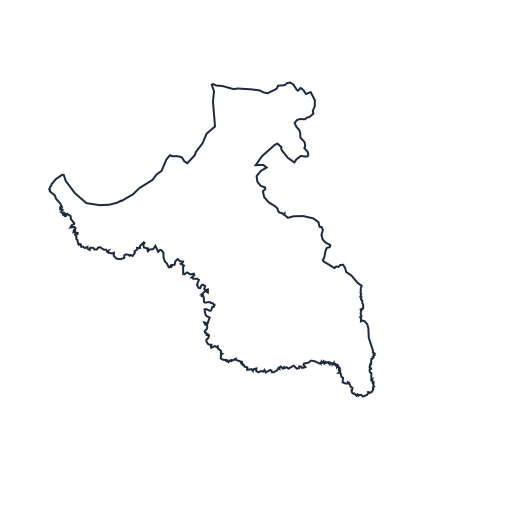 outline of Kasulu, Kigoma, United Republic of Tanzania, rotated 145°
{"feature_id": "72390352B21750015500578", "entity_name": "Kasulu", "entity_type": "district", "adm_level": 2, "iso_a3": "TZA", "parent_name": "United Republic of Tanzania", "parent_adm1": "Kigoma", "projection": "orthographic", "projection_center": [30.484, -4.434], "detail": "fine", "context": "isolated", "style": "outline", "palette": "slate", "viewbox_px": 512, "rotation_deg": 145, "n_neighbors": 0, "source": "geoboundaries", "source_scale": "gbopen_adm2", "svg_char_len": 6127}
<svg xmlns="http://www.w3.org/2000/svg" viewBox="0 0 512 512"><g transform="rotate(145 256 256)"><path d="M117.2,358.9L122.2,360.0L122.0,364.7L123.1,368.1L126.7,367.3L127.3,368.8L127.0,374.8L128.5,378.5L131.4,379.8L134.5,379.5L140.2,382.8L142.9,381.3L144.8,381.3L153.2,382.7L155.9,385.5L158.0,389.5L164.0,395.0L174.9,403.7L178.5,405.4L186.1,414.6L191.0,418.6L192.5,421.5L194.1,421.6L195.9,415.0L202.6,407.3L215.3,385.6L226.4,384.5L235.1,379.0L245.6,375.7L248.2,373.7L259.1,371.4L260.4,374.8L260.2,379.4L262.4,382.2L267.7,386.1L268.6,387.9L274.0,386.5L284.5,379.9L290.5,379.9L297.1,377.7L312.8,378.5L321.1,377.1L334.7,378.2L334.9,378.8L338.7,379.2L346.7,382.1L354.9,387.3L364.6,396.6L368.3,411.2L368.8,426.5L367.0,432.8L368.2,433.7L375.8,433.8L381.9,432.2L387.1,429.3L386.9,428.0L387.8,427.2L386.0,421.0L387.0,417.5L386.2,411.6L386.8,407.6L388.4,408.3L389.6,406.7L388.3,406.0L387.9,404.7L390.5,404.1L389.9,401.4L390.7,399.6L390.3,400.1L389.7,399.5L388.4,401.3L387.8,399.5L389.5,398.3L388.7,397.8L386.4,398.8L385.0,395.0L386.5,392.3L386.0,387.1L386.8,386.5L388.9,387.0L391.7,385.8L388.5,384.3L387.8,382.9L388.0,382.2L390.2,381.8L391.6,380.4L389.7,380.4L390.8,379.0L388.9,377.2L389.6,376.4L390.6,377.4L392.1,377.1L391.8,375.0L393.4,373.3L393.1,371.8L394.8,367.4L394.7,366.7L393.4,366.8L392.8,366.0L393.9,363.8L392.4,362.9L391.6,360.6L388.8,360.1L389.7,358.4L388.8,356.3L386.9,357.8L384.5,355.8L384.6,354.0L382.5,352.6L380.6,353.5L378.7,352.6L376.9,348.3L375.2,347.2L375.2,345.3L373.9,345.0L375.5,344.5L375.4,343.8L372.7,340.9L370.5,340.1L372.4,337.9L371.9,334.0L368.9,331.2L365.1,330.0L363.4,332.2L361.8,332.0L359.8,330.3L359.4,328.7L358.1,328.8L357.1,326.8L353.5,328.0L352.8,329.5L349.4,329.5L348.8,330.9L346.4,329.0L345.5,330.7L340.1,331.6L339.8,330.7L341.9,329.8L342.9,327.2L340.2,324.2L341.4,323.4L341.8,321.9L339.3,322.3L336.4,320.6L332.6,322.0L333.7,315.5L330.9,316.0L330.2,315.0L329.9,311.9L332.7,307.6L333.8,303.8L333.3,301.5L333.9,296.7L331.5,295.6L330.8,296.0L332.3,296.6L330.9,297.3L327.8,295.5L325.1,297.9L321.9,298.4L321.2,295.0L319.0,293.3L320.8,292.2L322.0,292.5L320.5,289.4L321.9,289.0L326.0,282.9L325.3,282.2L321.8,282.0L320.3,278.5L317.1,277.3L317.4,275.8L321.1,275.3L320.3,274.6L320.5,273.4L317.2,271.0L316.5,269.2L321.0,266.1L321.2,262.5L320.2,261.7L317.4,263.3L315.9,262.9L314.9,260.7L317.4,258.6L316.7,256.9L314.6,256.2L316.4,253.7L317.4,256.4L322.9,255.7L321.9,254.8L322.0,254.0L323.2,254.0L322.4,252.3L324.9,248.3L324.6,247.1L320.2,244.8L319.9,243.3L318.6,242.2L318.4,240.2L317.2,239.5L318.8,239.7L319.8,238.5L321.1,239.3L323.9,237.2L325.4,237.7L326.9,240.7L328.8,241.8L330.9,237.4L331.0,235.3L329.3,232.1L334.4,228.5L336.5,231.3L337.0,228.9L335.5,227.9L336.4,226.1L338.2,224.4L341.2,223.8L341.7,222.6L340.8,221.4L341.7,219.9L340.3,219.4L340.1,218.6L340.9,218.5L340.4,217.5L341.8,216.3L344.9,215.7L345.8,213.9L345.7,210.9L343.5,208.8L345.2,207.4L345.3,206.4L341.6,206.0L340.5,204.0L339.2,204.0L340.2,202.0L339.1,198.2L340.5,196.5L339.7,195.3L341.3,195.3L343.6,192.2L342.3,189.6L340.2,188.1L340.7,187.5L340.2,186.4L339.4,186.6L339.4,184.9L337.5,185.4L336.5,184.1L335.8,184.9L334.4,183.6L331.4,183.5L331.9,182.1L328.5,177.7L329.6,177.3L329.6,175.9L328.8,175.9L329.3,174.3L328.5,173.9L328.8,171.8L327.0,169.8L328.5,167.8L324.6,165.9L324.5,163.5L322.9,164.6L320.2,163.7L321.8,161.9L320.7,159.3L317.7,158.8L316.5,157.2L314.4,157.8L314.9,155.0L309.8,154.5L309.1,153.4L309.7,151.8L308.1,150.6L304.0,150.3L302.0,151.3L301.5,150.1L300.9,151.3L299.2,151.3L298.6,148.5L297.0,148.8L297.4,147.9L294.7,147.3L294.0,145.1L288.0,144.6L287.2,140.3L285.0,139.5L283.8,140.7L282.4,139.5L282.5,138.0L281.0,137.2L279.3,136.7L279.5,139.7L278.5,140.4L274.3,138.6L270.9,138.7L268.0,135.8L266.0,131.9L265.0,131.2L263.9,131.6L264.1,130.9L262.7,131.9L262.8,130.5L261.5,130.4L261.5,129.7L260.7,130.7L260.4,129.8L261.0,129.3L260.2,129.2L260.9,128.5L257.7,127.7L258.0,126.5L257.0,126.5L257.4,125.1L256.2,125.7L255.3,124.2L255.7,123.4L253.8,123.9L254.6,122.9L254.2,122.4L253.4,123.1L252.9,122.2L253.5,120.8L251.8,120.5L251.6,119.8L251.8,118.8L253.1,119.0L253.5,118.3L252.4,118.4L251.6,116.0L252.7,115.4L253.8,116.0L252.5,114.0L253.0,113.6L253.8,114.3L254.1,112.8L255.2,112.8L253.9,111.8L255.3,108.0L254.6,106.3L257.5,102.8L255.7,100.1L253.9,98.9L253.1,99.9L252.5,98.7L253.4,94.4L252.6,92.5L254.2,91.0L254.9,91.2L255.7,89.1L255.2,87.2L254.2,86.9L253.9,84.0L252.4,84.4L252.4,82.8L251.1,83.1L249.5,81.8L248.9,79.4L244.6,78.6L242.7,79.3L242.3,80.2L241.6,79.6L242.1,78.9L239.4,78.2L236.3,79.5L235.8,81.0L234.2,81.3L234.5,82.0L232.2,85.0L233.2,85.2L232.0,87.2L232.8,87.9L231.8,88.4L232.5,88.5L228.7,94.0L229.3,95.5L228.5,97.4L227.4,98.3L226.9,97.9L226.8,98.7L226.4,98.2L225.8,100.7L224.2,102.0L223.7,101.4L220.7,105.4L219.4,105.1L218.7,106.2L217.8,105.6L216.8,107.1L215.8,106.9L215.9,108.1L214.8,108.0L215.5,110.2L214.4,111.5L210.5,124.4L205.5,132.2L204.0,136.2L204.5,140.4L205.9,142.1L207.5,142.3L206.1,144.0L205.7,146.1L204.8,145.7L203.9,146.5L203.6,148.3L200.9,151.5L200.3,151.4L200.6,152.1L198.3,151.7L196.1,154.6L195.9,156.6L194.6,158.5L195.0,160.1L193.2,161.9L193.9,162.8L191.6,164.4L191.6,165.6L188.6,169.5L186.5,171.0L188.2,175.8L189.0,185.2L191.3,191.3L189.9,194.9L189.7,198.9L192.3,200.3L194.6,199.8L196.4,201.4L198.6,201.1L203.8,212.9L203.4,214.6L201.5,215.2L195.3,221.0L193.4,222.0L190.6,221.0L188.9,222.3L191.4,227.4L191.9,231.4L190.2,235.8L186.3,238.9L185.6,242.1L186.9,242.8L187.0,244.1L185.4,247.9L187.6,254.1L194.4,261.6L202.5,267.0L208.0,269.0L209.1,273.6L208.3,274.5L209.7,274.3L210.2,276.4L211.9,278.1L212.1,280.4L211.2,282.3L211.7,285.5L214.9,292.9L215.5,299.6L213.3,305.0L210.0,305.5L209.2,306.9L211.9,310.7L212.3,316.0L209.7,321.1L203.2,322.9L196.6,322.4L197.8,326.5L204.2,330.6L193.8,334.3L176.7,336.3L174.0,335.8L172.7,330.7L173.7,329.8L174.2,327.8L173.6,318.1L170.9,310.6L167.6,312.0L162.0,312.3L157.8,308.5L156.2,308.1L155.0,309.0L154.0,311.5L154.5,316.7L152.6,317.8L150.9,321.5L151.7,327.5L149.0,331.9L148.4,334.5L148.8,339.0L148.0,342.9L144.5,343.8L141.9,343.2L137.3,339.9L134.6,340.1L132.7,339.2L127.3,339.7L126.3,342.2L121.9,345.0L118.4,350.0L117.2,358.9Z" fill="none" stroke="#1e293b" stroke-width="2"/></g></svg>